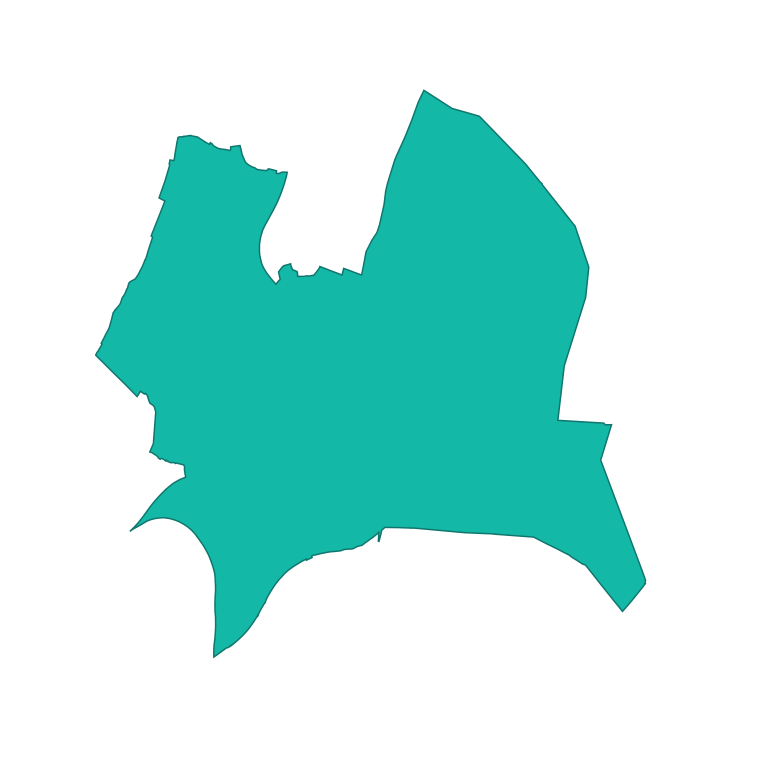 Arnhem, Gelderland, Netherlands (Robinson projection), rotated 99°
{"feature_id": "6326949B83148599629942", "entity_name": "Arnhem", "entity_type": "district", "adm_level": 2, "iso_a3": "NLD", "parent_name": "Netherlands", "parent_adm1": "Gelderland", "projection": "robinson", "projection_center": [5.9, 52.006], "detail": "fine", "context": "isolated", "style": "filled", "palette": "teal", "viewbox_px": 768, "rotation_deg": 99, "n_neighbors": 0, "source": "geoboundaries", "source_scale": "gbopen_adm2", "svg_char_len": 5993}
<svg xmlns="http://www.w3.org/2000/svg" viewBox="0 0 768 768"><g transform="rotate(99 384 384)"><path d="M540.3,94.7L540.2,95.3L539.6,95.2L538.5,95.0L537.0,94.9L527.9,99.9L484.8,124.3L425.4,158.0L424.8,158.0L388.6,152.9L389.7,159.1L388.3,160.6L388.4,162.3L392.7,206.6L337.9,208.8L267.1,198.4L258.8,198.8L236.6,200.0L198.3,219.9L162.5,258.8L161.6,259.1L161.1,259.6L160.7,260.1L160.3,261.1L150.5,272.1L144.9,278.2L123.7,306.3L104.7,331.6L104.2,335.0L101.2,359.9L87.7,390.5L100.5,394.3L118.8,397.8L122.7,398.7L132.9,401.0L137.9,402.2L157.9,407.7L161.4,408.5L185.2,411.9L193.1,412.5L195.7,412.4L206.5,412.0L227.3,413.3L235.4,414.6L244.1,418.5L256.1,422.4L271.0,422.8L279.9,423.2L278.0,432.6L277.7,434.0L276.1,441.9L282.9,442.5L281.9,447.3L280.2,455.7L279.7,457.7L278.0,465.7L280.1,466.2L285.4,469.0L285.6,469.3L287.8,470.4L287.7,470.8L288.1,472.2L288.4,473.0L288.7,473.4L288.9,474.1L289.3,476.6L289.3,477.6L290.2,479.7L290.8,483.4L290.8,484.1L290.9,484.6L291.4,485.7L291.1,486.3L290.4,486.4L289.2,486.4L288.8,486.6L287.4,487.0L286.6,487.4L286.7,487.8L286.4,488.0L286.3,488.7L285.8,490.2L285.4,492.3L281.1,494.7L279.9,495.0L283.0,501.8L283.8,502.1L284.3,502.7L285.6,503.5L286.7,504.1L288.9,505.2L289.8,505.7L296.9,502.9L297.1,502.9L298.1,503.9L302.4,506.4L297.4,512.3L295.6,514.2L292.6,517.3L290.6,519.1L289.2,520.3L285.8,522.7L284.9,523.3L282.7,524.3L279.0,525.8L276.9,526.6L274.6,527.3L271.2,528.0L266.3,528.7L265.3,528.8L261.8,528.9L258.8,528.8L256.8,528.7L253.4,528.2L251.2,527.9L249.6,527.5L245.7,526.3L231.2,521.1L222.8,518.3L217.5,516.9L212.4,515.7L210.1,515.2L201.8,513.8L194.5,512.9L190.0,512.7L190.5,516.8L190.5,517.4L192.7,521.2L192.7,523.4L190.2,523.5L189.7,529.2L189.5,531.5L189.8,532.0L190.1,532.3L190.6,532.7L191.2,532.9L191.5,533.1L191.6,533.3L191.7,534.5L191.9,538.1L192.0,541.6L192.0,542.3L191.6,543.7L190.7,545.3L190.3,547.8L189.5,550.3L189.2,551.1L187.7,554.0L187.1,554.8L186.5,555.5L185.8,556.1L180.6,559.4L179.3,560.1L172.4,562.9L172.5,563.0L171.0,563.6L173.7,572.5L176.6,572.2L177.2,572.4L177.4,572.5L177.4,572.9L177.2,577.5L177.4,581.6L177.2,584.8L176.4,587.0L175.9,588.3L175.3,589.5L174.2,591.2L174.1,591.4L173.6,591.6L173.4,591.6L173.3,592.0L173.4,592.3L172.8,593.3L174.7,594.0L172.4,599.7L169.2,606.9L169.0,613.0L168.8,613.1L168.8,614.0L169.3,615.8L170.0,617.6L170.3,618.7L170.7,620.6L171.1,620.5L172.0,625.0L172.9,626.1L175.9,626.1L176.4,626.1L176.7,626.3L177.3,626.3L181.0,626.3L188.1,626.4L191.0,626.4L192.0,626.3L196.2,626.4L196.2,630.4L200.4,630.6L200.5,630.4L201.3,629.9L214.3,631.6L217.4,632.0L235.4,635.3L237.6,629.0L274.1,637.1L274.4,637.0L275.1,635.5L287.5,637.5L291.0,638.0L294.9,638.4L298.8,639.2L298.7,639.4L305.6,641.0L314.6,644.0L318.0,645.6L318.9,646.0L319.2,646.3L319.6,646.7L322.4,650.4L323.4,651.3L324.5,651.8L326.9,652.1L328.8,652.3L329.7,652.5L330.6,652.9L335.7,654.1L338.7,655.5L340.2,656.1L345.1,656.9L346.0,657.2L347.2,657.6L351.1,660.0L353.2,661.4L353.5,661.2L355.9,662.6L356.5,662.7L357.4,662.7L364.6,663.4L371.4,664.2L372.5,664.5L378.5,666.6L382.7,667.9L388.0,669.7L388.7,668.7L391.4,669.7L397.0,671.9L397.2,672.2L400.5,673.3L402.2,671.2L409.4,661.1L413.8,655.1L425.4,638.8L435.0,625.9L429.3,623.4L430.8,620.4L431.2,619.6L431.4,618.9L431.4,618.7L431.2,618.5L430.5,618.0L432.3,616.0L432.7,615.9L433.3,615.4L433.4,615.5L437.6,613.4L438.7,612.8L439.4,612.3L439.8,611.8L440.1,611.2L440.2,610.8L441.3,608.7L441.7,608.1L442.2,607.5L442.6,607.2L445.8,605.8L446.5,605.4L447.4,605.1L448.0,605.0L471.5,603.1L478.4,602.5L479.5,602.6L487.7,604.7L488.0,604.1L488.1,602.1L489.2,600.4L489.6,599.1L490.0,597.9L491.6,595.7L492.2,595.5L493.4,593.3L492.8,592.8L492.5,592.4L492.4,591.9L492.3,591.6L492.8,590.1L494.1,587.7L493.4,587.4L493.3,587.1L493.6,586.7L494.1,586.4L494.4,585.9L494.3,585.6L494.1,584.7L494.3,584.4L494.7,584.2L495.1,582.2L495.1,581.9L494.7,580.5L494.4,579.4L494.7,578.4L495.2,577.8L494.6,577.0L494.6,575.9L494.8,574.7L494.8,572.9L495.0,572.4L495.1,570.2L495.3,569.1L496.7,568.2L497.2,568.0L500.0,567.7L507.2,565.3L508.9,568.5L510.3,570.7L514.1,575.5L515.3,576.8L518.6,579.9L522.1,582.9L527.0,586.5L530.8,589.1L537.3,593.2L541.4,595.5L552.6,601.2L558.9,604.7L561.0,606.0L565.0,608.7L569.3,612.0L567.8,610.5L566.0,608.5L563.6,605.3L561.3,602.4L556.9,597.2L555.5,595.1L554.2,592.6L553.1,590.1L551.9,586.6L551.3,584.4L550.9,582.4L550.5,580.4L550.4,577.2L550.4,574.9L550.6,572.7L551.1,569.1L551.6,566.7L552.2,564.5L553.1,561.8L554.3,558.8L555.8,555.6L556.7,554.1L558.3,551.5L560.4,548.7L562.1,546.7L566.5,542.3L570.0,538.9L572.8,536.3L575.9,533.9L578.4,531.9L581.0,530.1L585.7,527.3L590.8,524.6L595.8,522.3L599.0,521.2L602.2,520.4L611.0,518.6L614.7,518.0L621.4,517.4L628.2,516.5L635.5,515.2L639.7,514.1L642.4,513.6L647.6,512.7L651.1,512.2L656.9,511.6L661.5,511.2L668.2,511.0L672.2,510.6L677.2,509.9L680.3,509.3L669.1,498.1L669.0,497.9L668.8,496.8L666.2,494.3L666.6,494.3L663.4,491.3L658.8,487.5L654.5,484.2L649.7,481.0L646.3,479.0L646.1,479.0L646.1,478.9L642.5,477.1L639.1,475.4L635.8,474.0L633.4,473.0L633.4,472.5L631.9,472.5L631.9,472.0L630.5,471.9L626.3,470.5L619.9,468.0L618.7,467.2L615.6,466.7L613.6,466.1L610.0,464.8L604.8,462.7L600.7,460.9L598.6,459.8L594.0,457.3L590.7,455.1L586.9,452.6L583.3,449.7L581.8,448.3L578.3,444.8L573.5,439.2L571.0,436.1L569.1,433.3L570.1,433.0L566.7,427.9L565.2,428.5L564.1,426.8L563.5,424.9L560.9,418.7L559.6,415.0L558.8,412.9L557.7,409.2L557.4,407.6L556.9,405.9L555.6,400.9L553.7,397.4L552.6,393.5L552.1,390.4L551.4,388.6L548.8,385.2L547.2,381.6L546.7,380.4L544.3,378.2L541.9,375.7L540.7,374.6L536.1,370.0L532.4,366.7L531.5,366.1L535.4,365.4L540.1,365.0L540.2,364.3L530.2,363.4L528.6,363.4L527.8,362.5L525.5,360.7L524.1,350.9L523.4,346.2L523.2,343.9L522.3,336.9L522.0,333.9L521.6,331.8L518.2,280.9L514.9,252.2L515.1,252.1L511.8,212.3L516.3,198.6L519.8,187.1L522.6,178.9L523.9,174.6L525.1,172.5L526.2,170.2L527.9,166.1L529.9,161.7L530.8,159.7L531.4,156.5L548.5,138.0L562.6,122.5L567.5,117.0L571.3,112.9L563.9,108.2L558.6,105.0L545.2,97.3L540.3,94.7Z" fill="#14b8a6" stroke="#0f766e" stroke-width="1.5"/></g></svg>